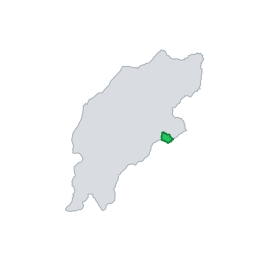 Cagaan-U'ur, Hövsgöl, Mongolia shown in context, rotated 125°
{"feature_id": "93677404B89482084042142", "entity_name": "Cagaan-U'ur", "entity_type": "district", "adm_level": 2, "iso_a3": "MNG", "parent_name": "Mongolia", "parent_adm1": "Hövsgöl", "projection": "mercator", "projection_center": [101.619, 50.905], "detail": "fine", "context": "in_parent", "style": "filled", "palette": "green", "viewbox_px": 256, "rotation_deg": 125, "n_neighbors": 0, "source": "geoboundaries", "source_scale": "gbopen_adm2", "svg_char_len": 5248}
<svg xmlns="http://www.w3.org/2000/svg" viewBox="0 0 256 256"><g transform="rotate(125 128 128)"><path d="M25.6,108.4L26.3,108.3L27.5,107.5L27.6,106.2L28.0,105.5L30.8,105.2L32.1,105.6L32.3,104.8L32.5,104.7L33.2,105.3L33.9,105.0L34.3,104.7L34.7,103.8L35.7,104.0L37.4,102.9L37.3,101.1L37.9,100.6L39.4,100.3L39.6,99.4L39.9,99.2L41.0,98.9L42.9,98.0L43.8,97.9L44.4,97.0L46.1,95.9L48.6,95.4L48.8,94.9L51.1,93.1L53.6,93.1L54.3,91.6L54.6,91.4L56.4,93.2L57.1,93.0L57.3,92.3L58.4,92.3L58.8,93.5L59.4,94.1L66.8,94.5L67.0,95.0L67.4,97.9L68.8,99.2L69.1,99.9L71.1,99.7L72.3,100.7L74.0,100.7L74.9,101.0L76.6,100.0L77.0,100.0L77.5,100.5L78.4,100.1L80.0,101.1L81.2,100.9L81.8,101.3L82.5,101.0L84.3,101.3L85.7,102.8L86.7,102.7L87.8,101.7L88.1,101.0L89.8,100.6L90.8,100.0L91.4,99.3L92.4,97.1L92.5,94.8L91.7,94.4L90.9,93.6L90.5,92.4L90.5,91.5L89.6,90.2L89.7,89.5L90.2,88.4L90.4,86.5L91.0,85.4L92.2,84.9L92.3,84.1L93.0,82.7L94.9,81.8L95.9,80.2L96.5,78.5L97.4,79.4L99.8,80.6L101.8,81.1L103.1,82.3L106.6,82.6L112.4,85.4L113.6,85.3L117.1,86.4L117.3,86.8L117.3,88.9L117.6,89.5L117.7,91.8L118.4,92.9L118.2,94.2L118.5,94.7L119.4,94.8L120.7,96.2L123.8,97.2L124.7,98.1L126.8,98.7L127.9,98.3L129.7,98.6L130.3,98.4L131.4,97.4L132.1,97.0L136.2,96.2L137.3,95.5L138.0,95.4L141.1,96.1L143.3,97.1L146.5,97.0L148.0,98.1L148.6,99.2L149.8,100.2L154.2,100.6L154.4,100.9L154.3,103.2L154.5,103.5L157.3,106.1L158.7,106.8L162.7,106.7L168.8,108.3L170.3,107.8L171.6,108.6L172.1,108.6L176.1,106.5L176.7,106.6L180.8,105.8L183.5,104.7L185.5,104.8L187.1,103.9L187.8,102.1L190.4,100.0L195.0,97.4L197.9,97.8L199.6,98.7L201.3,100.6L202.3,101.1L204.1,101.3L206.8,100.0L208.2,100.3L209.5,100.9L210.3,101.9L206.2,111.5L206.1,112.1L204.8,114.1L204.6,117.2L202.9,118.4L203.1,120.1L203.5,120.8L205.3,122.6L205.9,122.4L206.4,121.6L207.4,121.0L209.2,121.1L210.8,120.9L212.8,121.5L214.6,122.9L217.3,119.7L219.7,119.3L221.9,119.8L223.6,121.9L225.7,122.9L226.2,124.1L227.0,124.6L227.2,125.2L229.7,127.7L230.2,129.3L230.9,130.4L230.9,131.6L230.7,132.2L229.7,132.8L226.2,132.5L224.1,131.3L223.4,132.0L220.7,131.7L219.2,132.2L218.2,132.6L217.5,133.4L217.1,133.6L216.6,133.6L215.8,132.9L215.1,133.0L214.9,133.1L214.5,135.0L212.2,135.0L211.4,134.8L209.5,135.7L209.2,136.5L208.2,137.5L207.3,139.4L207.5,140.3L207.2,140.8L205.5,141.8L203.9,143.3L200.6,144.0L199.0,144.1L197.9,143.7L196.7,144.0L195.8,145.7L193.7,147.8L190.5,149.8L184.9,148.6L184.2,148.3L183.0,147.0L179.7,146.9L178.7,147.8L177.9,149.1L176.5,153.2L177.8,155.5L179.3,157.1L179.9,158.1L179.9,159.0L178.9,159.5L177.4,160.9L174.0,162.3L170.1,167.3L163.3,170.2L159.1,170.4L155.8,170.1L146.9,171.5L141.1,174.0L136.8,176.2L135.9,177.3L135.4,177.5L134.7,177.0L132.3,176.9L132.3,175.0L127.3,176.1L123.2,173.9L117.4,172.6L116.2,172.1L114.2,169.7L113.1,169.3L110.5,169.2L103.4,168.1L100.1,169.1L85.7,167.1L80.4,167.7L80.2,167.5L79.9,165.9L77.4,163.5L77.1,162.9L76.9,161.9L74.9,156.9L73.6,156.1L73.8,154.0L71.9,154.2L69.7,153.4L67.5,151.8L66.4,150.7L64.9,150.4L63.0,148.4L62.1,148.0L57.4,147.2L55.1,147.4L52.6,146.9L49.7,146.8L48.8,146.4L48.0,146.4L46.3,145.5L45.2,145.7L43.8,142.7L44.1,140.9L44.7,139.7L46.0,138.1L45.9,137.4L45.4,135.9L46.1,133.1L45.9,131.4L45.1,129.5L44.1,129.0L42.7,126.4L42.3,124.3L41.7,122.9L40.2,122.0L39.7,120.8L39.3,120.7L39.0,121.1L38.1,121.3L37.3,120.5L36.8,119.6L36.2,119.3L35.3,119.4L34.4,119.8L33.5,119.6L32.6,118.8L30.5,117.5L30.4,116.6L30.1,115.9L29.4,115.7L28.7,115.1L26.6,114.3L26.6,113.8L27.2,112.8L25.7,112.0L25.1,111.1L25.9,110.0L25.6,109.2L25.6,108.4Z" fill="#d9dde1" stroke="#a8b0b8" stroke-width="1"/><path d="M118.6,93.5L118.4,93.3L118.3,93.2L118.5,92.9L118.5,92.7L118.4,92.6L118.3,92.4L118.2,92.3L118.2,92.2L117.9,92.1L117.7,91.9L117.8,91.8L117.7,91.7L117.8,91.5L117.7,91.4L117.8,91.3L117.9,91.2L117.9,90.9L117.7,90.8L117.8,90.7L117.7,90.6L117.8,90.4L117.8,90.1L117.7,89.9L117.7,89.7L117.4,89.5L117.3,89.4L117.3,89.2L117.2,89.0L117.2,88.9L117.2,88.7L117.2,88.4L117.2,88.2L117.3,88.3L117.3,88.2L117.4,88.3L117.4,88.2L117.2,88.0L117.2,87.9L117.3,87.8L117.1,87.6L117.1,87.4L117.1,87.2L117.3,87.2L117.5,87.1L117.5,86.9L117.4,86.9L117.4,86.7L117.2,86.5L117.2,86.4L117.0,86.2L116.9,86.2L116.7,86.2L116.4,86.1L116.2,86.0L116.1,85.9L115.9,85.8L115.7,85.9L115.4,85.8L115.2,85.8L115.2,85.7L114.9,85.5L114.8,85.4L114.7,85.4L114.4,85.5L114.4,85.4L114.3,85.5L114.2,85.5L113.9,85.5L113.9,85.4L113.9,85.2L113.7,85.1L113.4,84.9L113.3,85.0L113.2,84.9L113.1,85.0L112.9,85.0L112.8,85.3L112.6,85.4L112.4,85.3L112.2,85.3L112.3,85.2L112.2,85.2L111.8,84.9L111.7,84.7L111.5,84.4L111.4,84.5L111.2,84.7L110.9,84.7L111.0,85.2L111.0,85.7L111.2,86.0L111.3,86.3L111.3,86.5L111.2,86.8L111.1,87.0L111.1,87.5L110.8,87.8L111.1,88.4L110.8,88.8L110.7,89.1L110.2,89.0L109.7,89.5L109.7,89.9L109.6,90.6L110.2,91.4L110.9,91.6L111.1,92.0L111.0,92.8L111.2,93.2L110.6,93.9L110.8,94.0L110.8,93.9L110.9,94.0L111.0,94.0L111.2,94.3L111.2,94.2L111.2,94.3L111.1,94.5L111.3,94.6L111.3,94.8L111.3,95.0L111.2,95.0L111.3,95.2L111.4,95.3L110.9,95.8L110.9,96.3L111.9,96.0L111.8,96.7L111.8,97.4L112.3,97.5L112.4,97.4L112.8,97.1L113.3,96.8L113.7,96.4L113.9,96.2L114.8,96.2L115.1,96.0L115.5,96.0L115.6,95.7L115.7,95.4L116.1,95.3L116.5,95.3L116.6,95.1L116.8,94.8L117.2,94.4L117.3,94.3L117.7,94.1L118.1,94.1L118.6,93.5Z" fill="#22c55e" stroke="#15803d" stroke-width="1.5"/></g></svg>